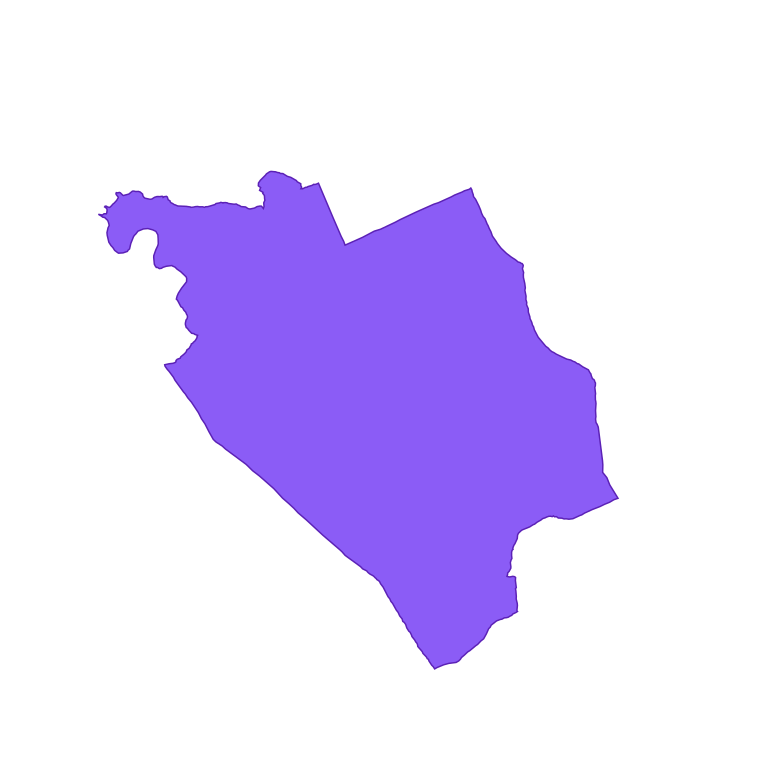 the district of Bounkiling, Sédhiou, Senegal, rotated 66°
{"feature_id": "50182788B68388966372963", "entity_name": "Bounkiling", "entity_type": "district", "adm_level": 2, "iso_a3": "SEN", "parent_name": "Senegal", "parent_adm1": "Sédhiou", "projection": "albers", "projection_center": [-15.653, 13.139], "detail": "fine", "context": "isolated", "style": "filled", "palette": "violet", "viewbox_px": 768, "rotation_deg": 66, "n_neighbors": 0, "source": "geoboundaries", "source_scale": "gbopen_adm2", "svg_char_len": 6170}
<svg xmlns="http://www.w3.org/2000/svg" viewBox="0 0 768 768"><g transform="rotate(66 384 384)"><path d="M112.8,575.9L115.5,574.0L117.2,573.1L118.3,571.5L122.2,569.9L124.3,570.0L127.3,570.5L129.1,572.6L133.0,575.5L135.7,576.4L142.6,577.7L146.5,577.1L149.1,576.2L152.4,575.7L155.5,574.0L156.5,573.3L158.1,569.0L158.5,564.5L157.7,563.4L157.1,561.5L152.7,558.2L147.6,553.0L146.7,551.6L146.0,549.7L144.3,546.6L144.5,540.7L146.0,536.4L149.1,532.6L151.8,530.3L155.7,529.9L159.3,531.2L164.1,533.2L165.7,534.5L168.6,537.9L173.1,542.1L174.7,542.9L181.2,545.1L183.9,544.9L184.3,544.6L184.9,544.6L185.5,543.4L187.2,542.3L187.8,540.2L187.5,538.5L187.9,535.0L189.5,529.6L190.0,529.4L192.2,527.4L195.0,526.3L198.8,524.0L205.6,521.2L207.3,521.3L210.3,522.8L214.2,530.1L217.4,534.9L219.6,537.3L222.0,539.2L223.5,538.6L230.8,538.1L232.4,537.0L235.2,536.8L237.7,535.9L240.1,536.0L241.2,535.8L242.8,536.2L244.3,537.4L245.0,538.8L247.6,540.7L249.0,541.3L252.0,541.7L253.1,541.0L255.8,540.4L259.4,539.1L260.6,537.3L261.8,536.6L263.7,534.5L264.4,535.4L265.0,535.5L266.1,536.6L267.7,539.0L268.4,541.3L269.0,542.3L269.0,543.7L270.0,544.5L272.1,547.4L272.7,550.2L274.1,551.6L274.6,552.5L275.4,554.6L276.5,558.6L277.5,559.6L277.3,562.8L277.9,564.4L279.1,565.1L279.4,566.0L279.3,568.2L278.1,572.1L277.2,576.5L278.6,576.8L282.3,576.1L285.1,575.2L292.2,573.6L295.6,573.4L309.7,570.4L312.2,569.6L316.7,568.9L322.3,567.3L334.8,565.2L341.5,564.9L347.5,563.8L356.7,563.3L365.2,562.5L368.6,561.1L374.9,557.0L379.1,555.2L401.4,542.6L409.8,539.3L417.2,535.3L434.8,527.2L447.0,523.1L454.5,519.6L460.8,516.9L466.7,514.9L476.6,510.2L497.6,501.2L517.6,491.7L520.2,490.6L524.8,489.2L541.3,479.7L544.2,478.7L547.7,475.8L549.0,475.5L550.3,475.0L552.0,474.1L554.4,472.2L555.6,471.5L557.6,470.8L558.5,470.3L559.7,470.1L561.5,468.9L562.8,468.4L565.0,468.4L569.3,467.4L580.0,466.8L582.6,466.1L585.5,466.1L587.8,465.4L595.7,464.7L598.4,464.0L602.2,464.0L606.0,463.0L608.5,463.4L610.0,462.5L612.5,462.0L616.0,462.4L619.8,461.9L621.5,461.1L624.7,461.0L626.1,461.2L630.3,460.1L632.6,459.9L634.1,459.4L635.8,459.4L637.6,459.9L644.1,457.9L645.9,458.0L650.6,456.3L652.5,456.2L653.6,455.4L655.3,455.6L660.2,454.8L662.3,454.0L664.9,453.6L664.6,451.0L664.8,443.6L665.6,438.4L667.7,431.4L667.4,428.4L666.5,426.1L665.4,424.5L664.3,420.7L662.8,416.5L662.5,414.1L660.4,406.7L660.0,404.4L658.2,400.1L657.3,396.6L653.9,392.1L650.1,387.9L649.3,385.8L647.9,384.2L646.2,377.5L646.4,373.5L646.8,372.0L646.6,369.0L647.2,367.5L647.6,365.5L647.3,363.3L647.3,361.4L646.5,359.9L646.4,356.3L646.1,354.6L645.6,354.8L644.6,354.5L640.6,352.2L638.6,351.5L634.2,350.7L631.8,349.5L626.7,347.7L624.4,347.1L623.9,346.0L617.0,343.9L614.3,342.5L613.2,343.0L612.1,344.5L611.4,347.7L609.8,349.9L608.0,348.4L606.9,347.9L606.0,345.8L603.9,343.1L602.5,342.4L598.5,341.2L596.5,339.5L595.4,338.1L592.6,337.2L589.5,335.8L588.0,334.6L587.5,333.3L586.4,333.2L584.2,331.0L583.2,329.4L579.4,325.1L576.3,323.4L575.0,321.8L573.8,318.5L573.5,316.9L573.8,308.9L573.2,305.1L573.3,303.4L572.5,300.3L572.1,296.0L571.5,293.8L571.8,291.1L571.7,289.6L571.9,287.2L572.6,285.5L573.6,284.3L573.4,282.9L574.7,282.2L575.3,280.4L577.3,279.3L578.9,276.1L580.5,274.4L581.2,272.5L582.7,270.1L583.9,266.2L583.8,258.4L584.0,256.6L583.5,253.3L583.4,244.7L583.8,236.5L583.6,231.4L583.8,226.0L583.2,221.0L583.6,216.7L568.0,218.8L560.2,218.5L553.7,220.2L546.9,217.0L543.0,215.6L510.5,205.8L507.4,205.7L505.5,206.0L502.1,205.0L500.0,203.7L494.4,201.6L488.1,198.3L485.9,197.6L484.4,197.3L480.4,195.6L479.0,194.7L472.9,192.8L471.5,191.6L469.1,190.4L467.7,190.5L466.1,190.3L465.2,190.5L464.0,191.4L461.2,191.3L458.7,190.9L457.4,191.3L454.2,191.5L449.1,195.5L444.8,198.0L444.1,199.1L441.5,200.6L440.0,202.2L438.1,203.6L435.6,206.9L426.9,214.4L424.3,216.1L422.7,217.5L420.5,218.6L417.9,219.4L415.3,220.9L404.0,224.1L395.7,224.6L392.4,224.1L390.7,224.4L387.6,223.9L383.7,224.0L381.9,223.4L377.1,222.9L373.9,221.6L369.5,221.5L367.5,220.4L364.5,220.0L361.5,218.5L355.7,217.2L353.7,215.8L349.4,214.5L343.4,213.3L340.7,212.2L338.9,211.1L335.4,210.7L334.4,210.3L333.6,209.4L332.1,208.5L330.2,208.8L329.7,209.5L328.2,210.4L327.2,211.8L324.1,213.3L319.8,216.1L314.5,219.0L307.6,221.8L301.6,223.3L299.6,223.5L292.9,224.8L288.3,224.4L284.9,224.6L281.3,224.5L280.0,224.7L274.0,224.5L271.3,225.3L267.7,225.4L264.3,225.0L259.9,224.9L252.6,225.2L249.2,226.0L247.4,225.5L244.1,225.2L242.5,224.8L240.3,225.0L240.8,226.8L240.2,232.0L240.4,234.5L240.1,242.7L240.4,246.3L240.5,260.6L240.0,265.3L240.0,284.9L240.4,302.5L240.8,307.8L241.2,324.3L240.4,330.7L241.3,343.9L241.3,363.1L237.3,362.8L231.7,363.1L211.4,362.9L173.9,362.2L173.9,364.8L173.5,366.3L173.0,366.9L173.3,368.9L172.7,373.2L172.9,374.4L172.4,375.8L172.6,378.8L171.8,380.5L170.8,379.2L168.9,379.3L167.2,378.6L164.0,381.0L162.5,381.3L157.3,385.1L155.0,387.8L150.6,390.8L149.6,392.9L148.3,393.8L147.7,395.0L146.1,396.7L143.8,400.8L143.6,402.3L144.0,404.6L144.2,405.9L145.0,407.3L147.6,414.1L149.3,416.9L151.8,418.2L154.4,416.8L156.5,418.9L159.7,416.6L160.5,417.2L163.2,416.6L166.4,417.8L167.6,418.0L169.6,420.2L173.0,421.4L174.6,422.8L171.7,423.6L171.0,424.9L170.3,427.8L170.6,430.7L169.6,435.3L168.4,436.9L166.0,438.4L163.7,442.5L162.3,443.3L161.1,444.6L159.5,445.7L158.8,447.8L155.8,452.7L154.7,453.6L153.7,455.2L152.9,457.3L153.1,457.5L151.7,459.1L151.7,460.5L150.8,464.1L151.3,465.4L150.7,470.2L150.3,472.9L149.5,474.9L149.6,476.2L148.4,477.5L147.1,480.5L146.0,482.1L145.3,484.0L144.8,486.5L144.0,488.7L143.5,488.9L141.3,492.4L137.5,500.0L135.4,501.9L134.8,502.7L133.1,503.7L131.9,504.8L130.6,505.2L129.7,505.0L127.9,506.2L125.0,505.9L124.1,506.4L123.5,508.5L123.7,509.9L122.8,509.8L122.3,510.3L121.6,512.6L120.4,515.2L120.1,517.7L120.6,520.9L120.1,522.6L117.0,526.8L115.9,527.4L113.9,527.7L112.3,527.3L109.5,528.6L108.2,530.0L107.2,532.5L106.0,534.1L105.5,535.4L106.7,539.9L105.8,545.4L105.4,545.8L102.1,547.1L101.3,547.9L101.1,549.5L100.3,550.7L100.8,551.3L101.9,551.6L105.1,550.8L105.6,550.9L107.5,553.5L109.0,556.9L109.3,558.3L110.6,561.1L111.1,562.8L109.8,564.6L108.7,565.2L108.1,566.4L108.6,567.2L110.7,566.0L112.3,566.1L114.8,567.6L115.6,568.4L114.6,570.5L115.1,572.5L112.8,575.9Z" fill="#8b5cf6" stroke="#5b21b6" stroke-width="1.5"/></g></svg>